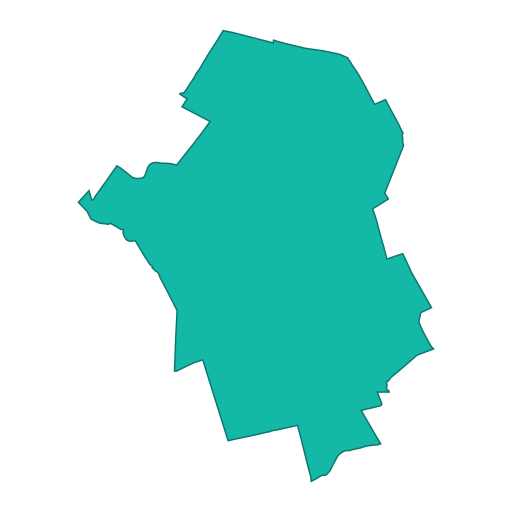 outline of Fierbinti-Targ, Ilfov, Romania
{"feature_id": "2599482B78401565659465", "entity_name": "Fierbinti-Targ", "entity_type": "district", "adm_level": 2, "iso_a3": "ROU", "parent_name": "Romania", "parent_adm1": "Ilfov", "projection": "natural_earth1", "projection_center": [26.385, 44.666], "detail": "fine", "context": "isolated", "style": "filled", "palette": "teal", "viewbox_px": 512, "rotation_deg": 0, "n_neighbors": 0, "source": "geoboundaries", "source_scale": "gbopen_adm2", "svg_char_len": 5073}
<svg xmlns="http://www.w3.org/2000/svg" viewBox="0 0 512 512"><path d="M314.4,49.6L309.3,48.9L304.5,48.1L287.3,44.0L283.9,43.1L277.3,41.4L274.2,40.3L273.5,40.2L273.4,41.0L273.3,42.0L273.1,43.0L272.2,42.7L264.9,40.7L262.1,40.1L259.6,39.4L258.3,39.1L255.8,38.4L254.5,38.1L251.9,37.5L249.4,36.8L246.0,35.9L232.1,32.4L226.1,31.2L223.9,30.8L223.0,30.7L221.9,32.7L221.5,33.3L220.0,35.8L218.7,37.9L216.8,41.1L214.4,44.8L213.7,45.8L213.5,46.2L213.2,46.7L212.8,47.2L211.6,49.0L211.0,50.0L210.3,51.1L209.4,52.5L209.2,52.7L208.5,53.9L207.3,55.8L206.4,57.5L205.8,58.5L205.1,59.7L204.5,60.6L203.1,63.0L202.9,63.3L202.0,64.8L201.3,66.0L199.0,69.9L197.9,71.1L197.8,71.3L196.5,73.1L195.8,74.3L195.5,74.8L195.2,75.8L195.0,76.2L193.0,79.3L191.6,81.4L191.0,82.3L188.5,86.1L186.6,89.1L184.4,92.3L184.2,92.6L183.8,92.7L183.4,92.9L180.8,93.2L179.8,94.0L184.4,97.2L185.6,97.8L187.2,98.7L182.0,106.8L195.7,113.9L200.0,116.2L210.1,121.4L205.1,128.5L203.1,131.1L195.3,141.5L185.9,153.3L176.6,165.1L173.0,164.1L170.1,163.6L166.5,163.3L162.5,163.3L158.9,162.8L155.5,162.4L152.6,162.9L150.8,163.8L149.1,165.2L147.5,167.9L147.0,169.8L145.6,173.9L144.3,176.5L142.9,177.7L140.2,178.4L136.0,178.5L132.4,177.4L120.7,168.1L116.8,165.8L116.0,167.1L112.1,172.6L108.3,178.1L105.3,182.4L103.4,184.9L101.0,188.3L97.6,193.1L96.0,195.3L94.9,196.9L94.5,197.7L93.6,199.2L91.7,200.3L90.8,197.1L90.2,194.9L90.0,194.1L89.8,193.3L89.0,190.6L88.4,191.3L83.4,196.8L78.4,202.3L82.2,206.3L85.5,209.8L87.5,211.8L87.5,212.0L87.9,213.0L90.8,218.8L91.1,219.1L91.7,219.4L92.6,219.9L95.0,221.2L97.5,222.3L98.5,222.7L99.9,223.2L100.5,223.3L102.0,223.5L104.3,223.7L106.0,223.9L108.5,224.3L109.0,224.1L109.4,223.7L110.0,223.1L111.6,224.0L116.8,226.8L117.8,227.5L119.1,228.3L121.1,229.5L123.3,229.6L123.1,232.4L123.7,234.8L124.0,235.6L124.4,236.6L126.3,239.6L127.7,240.5L129.7,241.2L131.2,241.3L133.7,240.9L135.2,240.4L136.7,243.1L137.3,244.1L138.7,246.4L139.4,247.6L141.4,250.9L143.2,254.0L145.0,257.1L146.0,258.5L147.0,259.8L147.7,261.2L148.7,262.6L149.4,263.8L150.4,265.0L151.1,265.4L152.4,266.3L152.6,267.3L152.1,267.5L152.7,268.1L153.8,269.3L155.7,271.1L157.4,272.0L158.2,272.9L158.8,274.0L160.0,277.5L167.5,291.7L168.6,293.8L171.8,300.1L172.8,302.1L173.7,303.7L174.1,304.8L174.3,305.2L175.3,307.0L176.0,308.4L177.1,310.9L177.0,312.8L176.4,324.8L175.7,338.3L175.1,355.1L174.6,368.2L174.5,371.1L176.2,371.2L181.1,368.9L185.5,366.7L188.7,365.2L194.3,362.6L202.7,359.9L202.9,360.1L203.5,362.0L205.2,367.6L209.8,382.3L218.1,408.9L218.2,409.1L219.8,414.2L222.1,421.6L223.1,424.6L227.9,440.2L228.1,440.7L237.1,438.7L241.0,437.9L241.9,437.7L246.6,436.7L249.3,436.2L250.7,435.8L252.6,435.5L258.6,434.1L263.5,432.9L268.4,431.9L269.6,431.7L270.4,431.5L270.9,431.1L271.2,430.9L273.9,430.4L277.0,429.9L279.1,429.5L283.7,428.4L288.2,427.4L289.9,427.0L291.8,426.6L297.5,425.3L301.0,438.4L301.4,439.8L302.6,444.7L305.9,458.2L307.9,466.0L309.3,471.6L310.2,474.8L310.7,476.2L310.9,478.2L311.0,480.8L311.2,481.3L312.4,480.8L312.8,480.6L315.4,479.1L318.1,477.5L319.6,476.6L321.3,475.7L322.6,475.2L325.0,475.3L326.4,474.8L330.1,470.7L333.7,463.4L336.3,458.7L337.5,456.4L338.2,455.5L338.9,454.6L342.3,452.0L345.1,450.7L349.7,450.6L353.3,449.4L360.7,447.9L364.2,446.7L367.2,445.9L373.9,445.0L377.7,444.8L380.6,443.8L361.2,410.5L362.8,410.1L365.0,409.4L366.5,409.0L367.7,408.7L369.3,408.5L371.9,407.9L375.9,406.9L378.7,406.2L379.9,405.9L380.8,405.7L381.2,405.2L381.5,404.8L381.7,404.5L381.8,404.3L381.8,404.2L381.7,403.8L381.4,402.6L380.5,400.5L378.9,396.2L378.5,395.0L378.1,394.2L377.7,393.1L377.6,392.7L377.3,392.1L377.6,392.0L378.1,392.1L379.6,392.1L381.4,392.1L383.3,392.0L388.0,392.1L389.0,392.1L389.0,391.1L388.2,390.4L387.3,389.6L386.6,388.7L386.5,388.2L386.6,387.5L387.0,384.2L386.8,383.6L386.3,382.4L386.3,382.1L386.6,381.8L387.7,381.4L388.2,381.1L389.9,378.9L390.6,377.7L399.3,370.5L412.3,359.3L416.7,355.4L417.9,354.8L425.4,352.0L433.6,348.9L431.8,347.0L430.7,345.7L429.4,343.3L425.9,336.9L423.2,331.8L422.4,330.3L421.6,328.4L420.0,324.8L418.8,321.9L420.6,313.2L420.9,312.9L421.3,312.4L431.5,307.6L430.5,305.8L428.9,303.0L426.4,298.7L425.6,297.2L422.9,292.5L421.0,289.1L419.5,286.5L413.5,276.1L413.0,275.2L411.1,271.7L410.1,269.4L408.8,266.6L406.4,261.3L402.7,253.7L393.6,256.7L387.8,258.7L386.8,258.9L385.8,254.8L385.2,252.7L384.3,249.3L383.7,246.3L382.6,243.2L382.3,242.3L382.2,241.5L381.5,239.1L378.3,227.4L377.5,224.2L376.6,220.7L375.2,216.2L374.7,214.8L373.7,211.8L372.9,209.6L372.9,208.7L388.4,199.0L384.7,193.2L403.6,145.5L403.4,144.8L403.0,143.4L402.6,142.0L402.6,141.1L402.7,140.2L402.7,138.1L402.6,137.2L402.2,135.7L402.2,135.1L402.6,134.0L403.0,133.2L402.8,132.7L402.1,131.5L401.4,130.1L400.3,128.0L400.0,127.2L399.8,126.7L399.6,126.1L399.2,125.4L392.8,113.2L392.6,113.1L392.4,112.8L385.5,99.7L380.5,101.8L374.6,104.4L370.1,95.8L365.6,87.2L363.3,83.0L360.5,78.0L358.9,75.1L357.4,72.8L356.0,70.6L354.5,68.4L352.9,66.1L351.1,63.2L350.1,61.7L348.9,59.9L347.8,58.2L347.8,57.9L342.7,55.6L340.6,54.7L339.9,54.4L336.9,53.7L330.7,52.4L323.2,50.8L322.0,50.6L319.3,50.3L314.4,49.6Z" fill="#14b8a6" stroke="#0f766e" stroke-width="1.5"/></svg>